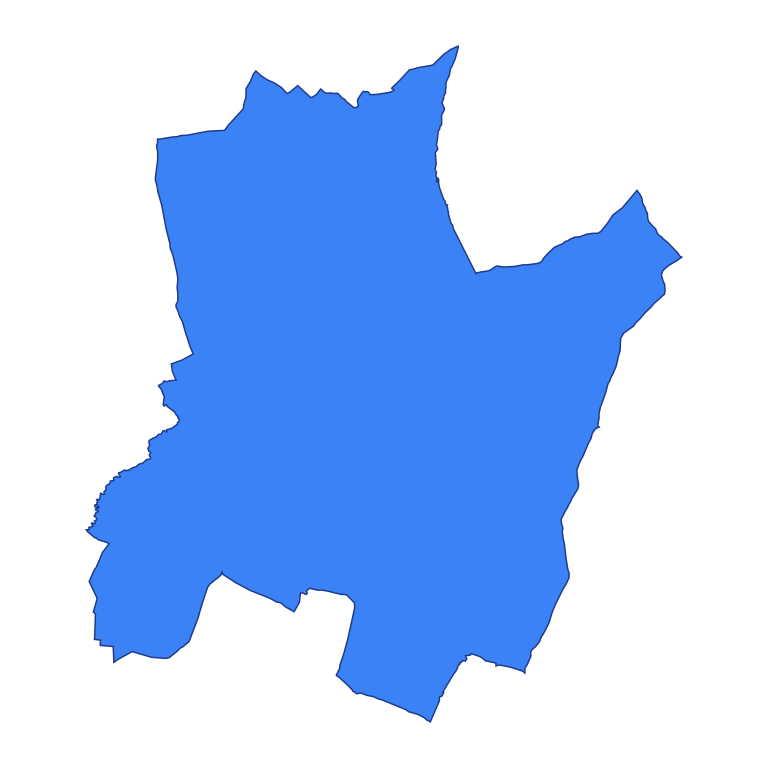 Bara, Timis, Romania (Natural Earth projection)
{"feature_id": "2599482B38713319059760", "entity_name": "Bara", "entity_type": "district", "adm_level": 2, "iso_a3": "ROU", "parent_name": "Romania", "parent_adm1": "Timis", "projection": "natural_earth1", "projection_center": [21.891, 45.906], "detail": "fine", "context": "isolated", "style": "filled", "palette": "blue", "viewbox_px": 768, "rotation_deg": 0, "n_neighbors": 0, "source": "geoboundaries", "source_scale": "gbopen_adm2", "svg_char_len": 6024}
<svg xmlns="http://www.w3.org/2000/svg" viewBox="0 0 768 768"><path d="M430.3,721.9L439.3,701.0L439.4,697.1L441.9,696.1L443.7,692.4L442.9,692.1L443.7,690.5L453.9,673.6L455.7,671.4L457.5,668.1L458.0,665.7L459.9,664.0L459.4,663.0L461.1,662.5L462.4,660.6L465.3,661.1L466.8,659.0L465.5,655.7L470.1,655.2L470.6,654.8L470.8,653.6L473.0,654.2L480.5,656.8L485.7,660.9L494.8,662.8L496.1,663.5L495.9,665.9L499.5,665.0L510.6,667.2L522.3,671.0L524.9,673.0L524.9,668.4L527.2,664.7L530.9,656.1L530.6,653.2L531.5,650.1L535.6,646.6L539.6,641.4L541.5,636.4L543.0,634.5L548.8,623.3L552.3,611.9L555.6,604.0L563.1,588.9L566.3,583.7L569.0,577.8L569.1,573.2L567.8,569.4L565.9,557.5L564.3,543.6L563.2,538.9L562.3,531.6L562.9,528.3L561.6,523.9L561.1,519.4L565.8,510.0L567.5,507.8L568.3,505.4L570.7,501.4L571.8,498.6L577.9,488.7L578.6,484.9L577.5,478.1L576.8,470.4L578.3,465.9L580.5,460.6L582.7,456.8L588.6,442.8L590.9,438.8L592.3,433.3L595.6,428.5L599.2,427.1L598.1,426.1L597.7,424.6L599.0,418.5L599.0,413.7L600.3,407.6L605.4,393.4L608.1,383.5L609.7,381.0L611.2,376.8L613.0,373.8L616.3,365.6L618.3,356.5L620.1,350.7L620.6,338.4L623.6,333.2L633.6,326.0L635.6,322.9L639.6,319.2L644.4,313.4L651.2,306.9L654.2,303.3L664.5,294.1L665.0,291.1L664.7,284.7L663.1,281.1L661.5,275.6L661.5,274.4L662.6,271.2L664.7,268.8L669.7,264.8L676.5,260.9L681.7,257.1L680.2,256.5L677.2,252.4L668.3,243.1L662.8,238.5L661.6,237.0L658.8,235.1L657.1,232.8L655.6,228.9L652.8,226.3L648.7,221.4L647.8,219.0L647.3,212.9L646.0,211.0L645.1,207.6L642.5,203.2L641.9,198.3L640.2,194.8L637.0,190.4L622.4,207.8L613.0,214.9L607.2,223.7L600.9,231.4L597.9,233.3L593.0,233.3L586.6,234.2L579.8,236.8L574.5,237.3L569.9,239.3L567.7,240.9L566.0,241.2L564.0,242.4L562.7,243.8L555.3,246.8L553.5,248.1L547.6,253.8L543.2,258.7L542.6,260.3L541.0,262.0L538.0,263.4L527.4,264.8L523.3,264.8L515.0,266.4L503.6,267.1L497.5,266.0L496.2,266.2L490.0,270.2L487.7,271.0L480.6,272.0L476.6,273.0L476.0,273.7L453.4,228.8L452.5,225.0L451.0,223.2L448.3,213.7L448.5,211.8L447.8,210.4L447.6,207.8L446.9,206.8L447.5,205.0L446.1,204.9L445.2,202.8L445.4,201.8L443.3,198.4L439.7,188.3L438.6,183.6L438.7,179.8L438.2,178.7L437.4,181.9L436.3,181.5L437.0,178.9L435.9,175.4L436.5,172.2L434.9,169.3L436.1,164.6L436.2,162.1L435.6,161.0L436.0,159.7L435.4,158.2L435.8,157.2L435.2,152.8L437.8,149.0L436.5,144.8L437.7,136.8L438.0,132.2L438.5,130.5L439.6,129.2L440.0,126.8L441.6,124.4L441.7,118.1L441.4,117.3L441.8,114.4L443.5,111.8L444.5,108.7L441.9,103.1L443.7,98.4L443.6,96.3L445.6,92.6L445.5,89.7L446.0,87.6L445.8,83.8L446.4,81.3L449.1,75.9L450.6,68.4L452.0,66.2L455.2,58.7L458.3,47.2L458.1,46.1L450.7,49.5L443.5,54.6L432.8,65.1L418.4,67.6L412.3,69.4L409.6,69.7L399.5,80.6L392.1,87.7L391.7,88.3L392.1,88.8L393.9,89.6L393.7,90.5L392.1,91.4L389.5,92.4L376.8,94.4L371.2,94.7L369.7,94.2L368.6,92.3L367.9,91.9L363.3,91.4L361.1,94.0L357.8,99.4L357.5,101.3L358.3,105.0L357.8,106.8L354.2,107.9L346.2,101.5L345.1,99.7L341.8,97.7L337.8,93.3L333.0,93.5L331.1,92.9L327.5,93.3L324.4,92.5L321.2,89.3L320.5,89.1L316.7,94.3L311.8,97.5L310.5,97.3L297.7,85.6L290.3,91.8L287.2,93.6L281.6,87.7L274.6,83.1L266.8,79.6L260.5,75.3L255.9,71.0L253.5,73.8L250.3,81.6L246.1,88.6L245.9,98.0L244.5,101.5L243.1,109.1L228.7,124.7L224.5,130.4L208.3,131.2L186.6,135.3L181.0,135.5L177.5,136.6L171.1,137.2L159.5,139.2L157.6,139.0L157.5,142.9L156.6,145.8L157.7,152.1L157.7,159.9L155.4,177.5L155.4,179.9L157.1,186.2L157.8,191.4L161.7,205.1L166.3,229.4L169.9,243.7L170.2,248.1L173.0,255.5L176.9,272.3L177.9,278.9L177.1,287.7L177.9,294.4L177.8,300.3L177.7,301.4L176.1,304.4L176.0,306.6L178.1,311.4L179.6,316.2L182.3,321.2L185.7,333.2L190.1,346.7L193.2,353.9L182.2,360.0L171.3,363.9L172.4,371.4L176.1,380.2L169.7,380.7L167.2,381.7L163.9,381.0L162.5,383.4L158.5,385.5L159.4,387.3L160.2,387.8L161.9,390.4L163.0,394.1L164.3,396.3L163.2,404.8L163.5,405.6L164.3,406.0L165.4,405.0L166.6,404.9L167.2,406.4L174.3,411.7L176.6,415.4L178.3,416.9L177.9,417.8L179.0,419.2L179.2,420.5L179.0,421.4L177.4,422.8L177.5,424.1L172.2,428.1L166.6,429.8L166.8,431.8L165.8,431.7L164.1,430.5L163.1,430.8L161.0,434.2L158.5,434.4L156.2,436.9L152.8,438.3L149.3,440.4L148.9,442.0L149.6,445.2L147.9,448.6L148.8,451.1L150.8,452.4L149.3,455.0L149.4,455.9L150.5,457.0L150.6,458.1L150.1,459.0L146.7,459.5L142.9,463.0L138.6,464.3L135.9,466.9L132.5,467.7L129.7,469.6L126.3,470.7L125.0,470.0L124.4,470.1L121.5,471.9L118.6,472.9L118.5,473.8L120.2,476.2L120.2,477.0L119.3,477.3L116.8,476.4L113.9,477.5L113.4,478.3L113.9,479.7L113.6,480.6L110.3,481.0L109.8,483.6L107.1,485.0L105.7,487.1L106.2,489.6L103.9,491.8L104.6,494.1L103.4,494.5L101.4,493.4L100.5,493.4L100.1,497.5L99.4,499.8L97.4,499.2L96.6,499.8L97.9,501.6L96.7,502.8L97.5,504.5L94.8,505.0L94.6,506.2L95.1,506.9L96.5,507.2L98.7,506.5L99.0,507.2L98.6,508.1L95.4,509.1L96.0,510.4L98.2,510.8L98.2,511.8L95.7,512.9L95.2,514.9L94.1,515.9L95.9,517.4L97.0,519.0L96.9,519.8L94.4,521.0L95.4,522.9L95.2,523.5L93.9,523.8L92.5,522.8L91.7,523.1L91.5,524.0L93.0,526.0L92.8,526.5L89.1,527.3L88.7,527.8L89.4,529.2L89.2,529.6L86.3,529.8L87.9,532.0L94.9,537.8L95.6,537.7L98.9,540.0L106.7,542.4L109.0,543.8L102.4,552.5L99.1,560.8L95.8,568.1L94.8,568.9L89.2,581.4L97.2,598.4L93.4,612.0L95.5,614.2L94.5,639.4L100.7,640.1L100.3,641.0L100.3,645.4L113.2,646.5L113.9,662.3L118.2,659.3L132.1,651.6L151.5,657.3L165.5,658.4L169.1,657.7L177.3,651.1L180.0,648.3L183.0,646.7L189.1,641.5L198.0,618.1L201.6,605.4L207.6,587.2L210.0,584.0L219.3,576.5L221.2,574.6L222.1,572.1L222.8,574.3L235.9,582.8L250.6,590.6L269.7,598.2L276.8,602.1L280.4,602.7L286.2,607.3L294.1,611.7L299.4,602.3L300.4,593.3L301.0,592.4L306.1,594.5L307.2,593.3L306.5,590.8L309.6,588.3L318.8,590.3L320.8,590.0L327.3,591.0L340.6,594.3L346.5,594.7L354.5,603.0L354.6,608.3L347.7,639.5L343.6,654.4L339.9,665.2L339.8,668.0L336.3,675.2L336.5,675.6L339.1,677.3L348.1,685.6L353.1,690.9L353.0,691.4L355.4,692.5L356.4,693.7L361.0,693.1L367.2,695.4L373.3,696.6L379.2,699.3L381.8,699.8L405.9,709.7L408.7,711.7L418.1,714.5L423.9,717.4L427.3,720.5L428.2,720.5L430.3,721.9Z" fill="#3b82f6" stroke="#1e3a8a" stroke-width="1.5"/></svg>